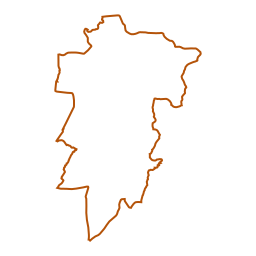 Anina, Caras-Severin, Romania (Natural Earth projection)
{"feature_id": "2599482B55434299191189", "entity_name": "Anina", "entity_type": "district", "adm_level": 2, "iso_a3": "ROU", "parent_name": "Romania", "parent_adm1": "Caras-Severin", "projection": "natural_earth1", "projection_center": [21.868, 45.042], "detail": "fine", "context": "isolated", "style": "outline", "palette": "amber", "viewbox_px": 256, "rotation_deg": 0, "n_neighbors": 0, "source": "geoboundaries", "source_scale": "gbopen_adm2", "svg_char_len": 5668}
<svg xmlns="http://www.w3.org/2000/svg" viewBox="0 0 256 256"><path d="M141.3,202.2L141.3,200.4L142.6,195.4L142.9,195.2L143.1,194.7L143.2,194.2L143.7,192.7L143.7,192.1L144.2,190.9L144.6,190.4L144.7,189.4L145.1,188.5L145.4,188.0L145.9,187.5L146.1,187.2L146.1,186.8L146.2,186.5L147.3,185.2L146.8,181.8L146.9,181.4L147.3,180.6L147.4,179.9L148.0,179.2L148.0,178.9L147.8,178.4L147.7,177.6L148.1,176.4L148.7,175.1L148.2,173.7L148.2,173.2L148.0,172.3L148.8,170.5L149.1,170.3L149.8,170.2L150.5,169.8L152.7,170.0L154.4,168.9L154.5,168.7L154.6,167.9L155.1,168.2L155.3,168.1L155.5,168.1L155.7,167.7L157.3,167.4L157.5,167.1L157.6,166.7L157.6,166.2L157.7,165.2L158.0,165.2L158.7,165.5L159.1,165.3L158.7,164.0L158.9,163.4L159.1,163.2L159.4,163.2L160.3,163.3L160.5,163.2L160.0,162.9L159.8,162.6L159.8,162.4L161.2,161.3L161.9,160.7L162.0,160.5L161.8,159.6L161.5,159.3L159.9,159.1L157.3,159.5L156.9,159.5L156.1,160.2L155.4,160.5L154.0,160.5L153.0,160.3L152.3,160.1L151.6,159.6L150.0,157.7L149.8,157.3L149.9,156.7L149.8,156.0L149.9,155.0L149.7,154.0L150.7,153.6L151.4,152.7L151.7,151.9L152.2,151.0L152.3,150.5L152.1,149.7L152.7,149.3L153.7,148.0L154.9,145.8L155.5,143.5L156.6,141.7L159.3,138.4L159.3,138.0L159.1,136.9L159.2,136.5L159.7,135.4L159.9,134.7L159.3,134.0L157.7,131.0L156.7,130.0L155.4,129.5L153.3,129.3L153.2,128.1L152.7,126.9L152.6,126.5L152.5,124.9L152.6,124.2L152.6,123.8L152.7,123.2L155.0,121.6L155.3,121.2L155.6,120.4L155.6,119.8L155.4,119.2L154.9,118.3L154.0,117.2L153.8,116.7L154.1,116.1L154.2,115.3L154.2,114.1L154.0,113.5L153.5,112.6L153.4,112.2L152.9,111.4L153.0,110.3L153.0,109.2L152.6,107.9L152.6,107.0L153.1,105.5L153.1,104.8L153.6,102.6L153.8,101.0L153.9,100.5L154.3,99.8L154.5,98.7L155.0,98.5L155.3,98.5L156.5,98.8L157.4,99.0L157.9,99.0L159.3,98.9L160.4,99.2L165.3,98.9L166.3,98.9L167.5,99.3L168.3,99.8L170.0,101.3L171.1,103.1L171.3,103.7L171.2,104.6L171.5,104.6L171.6,105.0L173.4,106.6L174.5,107.0L176.1,107.2L177.2,107.0L179.4,106.4L180.5,105.9L181.3,105.2L181.7,105.2L181.5,104.5L181.5,103.6L181.3,102.8L181.3,101.5L181.4,101.1L182.0,100.4L182.3,99.7L182.4,99.2L182.1,97.8L182.1,96.6L183.4,94.9L184.8,93.4L185.0,93.1L184.8,91.3L184.9,90.8L185.0,89.2L185.8,87.8L186.2,87.6L186.3,87.3L186.0,86.4L185.0,84.9L184.5,83.7L184.3,82.9L183.7,81.4L183.1,80.2L182.5,79.4L182.2,78.8L181.7,77.1L181.6,76.7L181.8,76.0L183.6,73.0L183.8,72.3L184.0,71.2L184.2,70.6L184.9,69.5L185.4,67.5L185.7,66.8L187.4,64.8L189.1,63.8L192.7,62.3L193.8,61.9L195.0,61.6L197.2,60.7L197.4,60.4L197.4,60.1L197.2,59.7L197.9,57.2L198.3,56.7L200.2,54.8L200.7,53.8L200.4,52.1L197.4,49.4L195.9,48.5L191.0,48.4L184.9,48.7L183.0,48.3L180.7,47.1L179.1,46.7L178.3,46.8L175.4,46.8L175.0,46.3L174.9,45.1L174.6,44.4L173.9,43.1L173.0,41.7L171.9,40.9L169.8,40.7L166.7,38.8L164.6,36.8L163.7,35.3L163.3,33.7L162.2,33.1L161.3,32.9L159.5,33.1L156.0,33.2L148.1,32.9L145.6,32.4L140.1,32.2L138.9,32.4L137.2,33.2L135.5,33.8L133.5,34.2L131.4,34.2L129.7,33.6L126.7,31.8L125.6,30.5L125.2,28.2L124.9,25.6L124.4,24.8L122.9,23.6L119.8,16.2L119.0,15.5L118.3,15.4L117.2,15.4L106.5,16.3L102.4,16.8L102.5,18.0L102.3,18.5L102.0,19.1L102.0,19.7L103.1,20.6L103.3,22.1L102.3,22.8L101.4,22.8L100.8,22.6L100.1,22.5L99.7,23.0L99.3,23.7L98.2,24.8L97.9,25.3L98.0,25.9L98.2,26.5L98.2,27.9L97.9,28.6L97.0,29.1L95.8,29.2L95.3,29.6L92.6,29.9L91.8,30.5L91.2,31.3L90.4,31.7L89.1,31.8L88.5,31.9L87.8,31.6L87.4,31.2L87.2,30.8L87.2,30.4L87.7,29.7L86.5,28.9L85.4,28.8L84.7,29.8L84.2,31.6L84.5,32.9L86.0,34.9L87.5,37.3L87.8,37.9L87.8,41.5L88.1,42.3L89.2,43.8L90.7,45.1L91.2,45.7L91.3,46.5L88.0,50.3L84.2,53.6L83.3,53.7L78.9,52.9L76.6,52.6L74.0,52.5L68.9,52.6L67.8,52.8L66.2,53.6L64.8,54.7L63.3,55.2L61.7,55.1L59.6,54.4L58.4,54.6L58.5,65.9L59.0,67.9L59.5,68.4L59.7,69.6L59.8,70.1L59.5,70.4L59.6,70.7L59.4,71.1L59.5,71.5L59.6,72.6L59.1,73.8L58.4,74.9L58.4,75.2L58.2,76.4L58.0,77.1L58.0,77.8L57.6,78.5L57.5,79.3L57.1,79.8L57.0,80.2L57.0,81.0L57.3,81.5L56.2,81.5L55.3,90.2L55.5,91.1L56.9,91.6L67.3,92.8L71.1,93.0L72.3,93.3L73.0,94.5L73.5,96.6L74.0,100.4L74.0,104.8L73.9,106.9L65.8,123.4L62.8,129.3L63.3,129.3L62.8,130.3L62.9,131.7L62.7,132.1L62.2,132.7L60.8,134.6L57.4,139.5L56.5,140.9L57.5,141.4L59.0,140.5L61.6,140.2L62.3,140.4L63.3,140.9L64.2,141.7L65.3,143.3L66.2,144.6L66.6,145.1L66.8,145.1L67.3,144.8L67.5,144.8L68.2,145.1L68.5,145.4L68.8,145.5L69.8,145.7L70.1,145.9L70.6,146.3L71.3,147.3L71.7,147.6L72.3,147.7L73.1,147.4L73.4,147.5L75.4,148.7L76.5,149.2L76.2,150.0L75.8,150.2L75.1,150.3L74.6,150.6L74.4,151.1L74.4,151.6L74.2,151.8L73.1,151.9L72.9,152.1L72.7,152.4L72.4,153.3L72.2,153.8L71.0,155.3L70.2,157.2L69.3,158.8L69.1,159.8L68.7,160.2L68.4,161.6L68.2,162.0L67.6,162.7L67.4,163.2L67.2,163.4L66.6,163.5L66.4,164.7L66.0,165.1L65.1,165.5L65.1,166.5L64.9,166.7L64.7,167.3L64.1,167.6L63.9,168.4L64.0,169.1L63.7,169.5L63.8,169.7L64.4,170.8L64.8,171.3L64.9,172.1L63.9,173.6L63.8,173.9L63.4,174.4L63.2,174.8L62.8,175.3L62.7,175.6L61.8,176.7L61.8,176.8L61.9,177.1L61.4,178.2L61.6,178.7L62.3,179.2L63.2,180.1L63.4,180.4L63.4,180.6L62.6,182.0L62.0,182.9L61.3,183.6L59.2,185.1L58.7,185.8L58.2,186.9L57.7,187.4L57.3,187.9L60.6,188.7L66.2,188.8L71.8,189.1L76.3,188.6L83.2,187.4L86.7,186.6L87.4,186.6L88.1,186.7L88.3,187.3L88.1,188.5L85.7,196.4L85.9,197.6L86.3,198.7L86.4,205.8L86.3,212.9L86.9,219.8L88.3,227.4L88.9,234.9L88.9,237.2L88.6,239.6L89.3,239.7L90.1,240.6L92.3,238.6L95.4,236.4L98.3,235.1L99.9,233.8L104.3,228.6L106.7,225.0L109.3,221.5L116.2,215.5L117.1,213.9L117.9,211.2L118.8,209.6L119.5,207.9L119.2,204.6L119.7,202.6L120.9,199.8L121.9,199.2L124.7,199.0L124.8,201.0L128.8,207.0L129.4,207.5L131.0,207.8L131.8,206.3L133.5,204.0L134.8,202.7L135.8,202.2L137.9,202.0L140.3,202.1L141.3,202.2Z" fill="none" stroke="#b45309" stroke-width="2"/></svg>